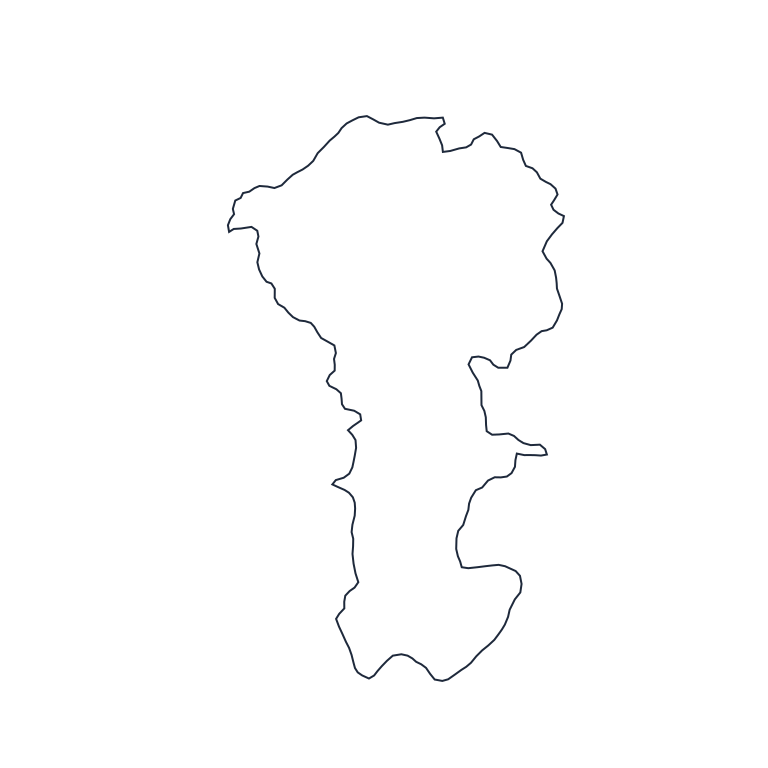 Guimarânia, Minas Gerais, Brazil, rotated 206°
{"feature_id": "56859067B18916788742052", "entity_name": "Guimarânia", "entity_type": "district", "adm_level": 2, "iso_a3": "BRA", "parent_name": "Brazil", "parent_adm1": "Minas Gerais", "projection": "orthographic", "projection_center": [-46.761, -18.797], "detail": "fine", "context": "isolated", "style": "outline", "palette": "slate", "viewbox_px": 768, "rotation_deg": 206, "n_neighbors": 0, "source": "geoboundaries", "source_scale": "gbopen_adm2", "svg_char_len": 3478}
<svg xmlns="http://www.w3.org/2000/svg" viewBox="0 0 768 768"><g transform="rotate(206 384 384)"><path d="M170.1,256.4L172.7,264.6L177.7,271.2L183.7,273.6L195.3,273.3L201.7,271.7L207.0,268.5L212.5,265.0L219.7,260.3L227.5,255.4L233.8,253.4L237.7,257.8L242.1,261.6L246.8,267.4L251.2,277.1L252.9,284.6L251.0,292.0L252.4,301.3L253.0,307.8L255.1,313.8L255.8,320.0L254.9,328.8L250.4,334.0L248.2,342.8L243.6,348.7L238.0,351.3L233.0,354.7L230.3,359.8L230.0,367.0L232.5,373.2L234.1,379.7L226.7,381.6L221.9,384.0L216.7,386.4L211.5,388.5L206.7,392.0L210.6,396.1L217.3,397.8L225.3,393.4L232.8,392.0L238.6,392.6L244.4,394.3L250.5,394.0L258.3,389.2L264.6,385.8L271.0,386.6L274.3,391.9L277.9,398.7L282.0,403.8L287.1,407.7L290.3,414.1L293.4,420.3L297.5,424.1L301.2,428.2L309.2,433.1L316.6,438.7L316.6,446.6L311.1,450.1L305.5,451.5L299.1,451.8L294.2,449.3L288.5,448.7L280.2,452.7L280.6,460.5L282.5,466.2L280.1,472.6L274.2,478.7L270.9,487.4L268.5,495.2L265.5,500.6L261.3,503.6L257.1,508.6L256.4,517.0L256.9,523.4L257.1,529.2L259.1,534.2L264.6,539.8L270.4,545.6L273.0,550.3L276.0,555.1L280.4,560.9L287.5,565.8L292.8,567.9L299.7,572.8L300.2,583.7L298.6,592.2L296.5,600.1L294.2,607.1L295.9,613.8L302.0,613.7L308.0,614.9L312.4,618.4L311.7,623.7L311.1,630.4L315.5,634.8L321.9,636.6L327.1,636.6L333.5,637.1L339.4,641.3L345.1,643.0L352.1,642.2L357.2,646.5L362.2,652.0L369.7,652.3L376.4,650.3L383.0,648.2L389.0,652.0L396.2,655.5L403.7,653.8L407.0,648.2L410.6,643.3L410.7,637.4L413.9,632.7L419.7,628.7L426.6,622.5L432.8,618.4L436.4,624.0L441.6,628.7L447.7,633.7L446.5,639.2L443.5,644.5L447.9,649.2L455.5,644.7L464.3,641.2L471.1,637.4L476.4,632.5L482.0,627.9L488.9,623.1L494.2,618.8L503.0,616.7L509.6,617.1L516.8,617.3L523.7,612.6L527.9,607.2L531.8,601.8L534.3,595.4L535.1,589.6L537.0,584.6L539.5,579.0L541.9,570.8L544.8,562.4L545.4,553.5L547.9,546.9L551.2,541.1L554.8,536.3L557.8,532.0L560.5,525.3L563.1,517.7L568.4,512.1L575.2,510.4L582.7,507.4L586.3,503.3L589.4,497.8L594.4,493.8L594.4,488.4L598.1,483.7L596.6,475.1L593.2,470.9L594.4,464.8L593.9,458.3L589.9,452.8L587.0,457.5L580.8,461.0L572.0,467.1L565.1,466.2L561.5,461.5L560.1,453.9L553.2,446.7L551.2,437.9L546.5,432.2L540.5,427.3L534.4,424.4L529.3,425.0L523.9,421.7L520.0,413.5L514.2,409.4L507.0,408.9L501.2,406.2L495.1,404.2L487.8,404.0L482.4,405.9L476.6,406.8L471.8,404.9L466.6,401.3L460.7,397.8L453.6,397.4L445.5,396.9L440.8,390.7L439.9,384.6L436.7,379.7L434.2,374.4L436.7,368.3L436.7,361.5L432.3,358.4L424.5,358.4L418.7,356.8L415.7,352.2L412.9,347.4L408.2,344.6L399.1,346.9L392.1,346.3L388.6,341.3L393.5,332.5L396.1,326.7L390.2,324.4L385.0,321.1L381.1,314.4L378.8,306.5L377.2,300.4L375.9,295.2L375.9,288.2L379.1,282.1L385.2,276.5L386.4,271.1L380.8,271.2L373.0,271.5L367.8,270.9L362.3,268.5L358.3,264.5L355.4,259.5L352.6,252.8L350.7,243.7L348.2,236.7L343.8,231.4L340.7,224.7L337.8,217.4L332.6,209.2L326.6,201.3L320.2,194.6L321.2,188.1L324.1,182.9L326.0,176.8L324.3,170.9L321.3,164.9L323.5,157.8L324.1,151.9L318.2,146.3L311.9,141.2L305.2,135.6L299.7,131.5L294.4,126.3L289.1,120.0L285.6,116.0L281.2,113.3L275.9,112.5L268.4,112.7L265.1,117.7L264.0,123.1L262.3,129.4L260.0,136.5L257.0,143.7L249.9,148.7L243.7,150.2L238.2,149.8L233.3,148.4L227.7,148.4L221.8,147.3L215.5,143.7L208.9,140.6L201.4,142.7L196.9,146.7L192.8,154.1L189.1,161.0L186.1,165.9L183.6,171.6L181.7,179.7L179.0,187.6L175.7,194.6L172.7,202.3L171.3,209.6L170.4,215.1L169.9,220.7L170.4,229.1L172.1,236.2L172.0,247.8L170.1,256.4Z" fill="none" stroke="#1e293b" stroke-width="2"/></g></svg>